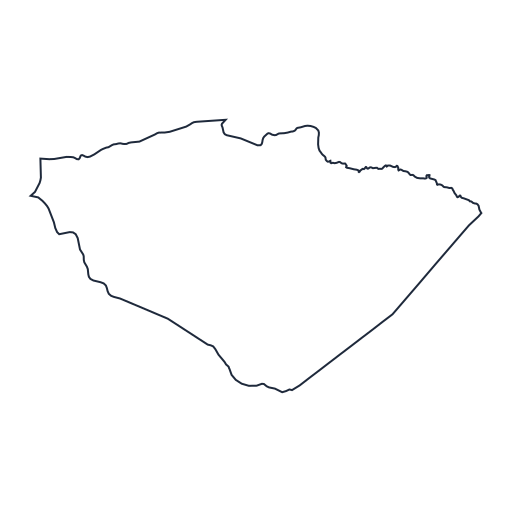 the Province of Pastaza
{"feature_id": "ECU-1288", "entity_name": "Pastaza", "entity_type": "Province", "adm_level": 1, "iso_a3": "ECU", "parent_name": "Ecuador", "parent_adm1": "", "projection": "orthographic", "projection_center": [-76.647, -1.794], "detail": "fine", "context": "isolated", "style": "outline", "palette": "slate", "viewbox_px": 512, "rotation_deg": 0, "n_neighbors": 0, "source": "natural_earth", "source_scale": "10m", "svg_char_len": 4159}
<svg xmlns="http://www.w3.org/2000/svg" viewBox="0 0 512 512"><path d="M481.3,213.1L478.5,216.4L469.0,225.3L462.0,233.4L453.3,243.5L444.6,253.6L435.9,263.7L427.2,273.9L418.6,284.0L409.9,294.1L401.2,304.2L392.5,314.3L382.1,322.2L371.8,330.2L361.4,338.1L351.0,346.1L340.6,354.0L330.3,361.9L319.9,369.9L309.5,377.8L299.7,385.4L292.0,390.1L291.8,390.0L289.4,389.5L286.0,391.1L282.2,392.2L274.9,388.6L269.0,387.4L266.7,386.3L263.9,384.0L261.9,383.8L256.6,385.7L248.8,385.8L241.7,383.7L235.8,379.9L231.6,374.9L229.5,369.0L229.1,368.3L228.6,366.7L227.3,365.5L226.1,364.5L224.6,362.0L218.5,354.7L215.3,349.1L213.2,346.4L210.7,345.3L207.7,344.6L167.8,318.7L120.0,298.5L113.9,296.9L111.1,295.8L108.8,293.8L107.6,291.1L106.9,288.2L105.9,285.5L103.7,283.4L100.5,282.2L93.4,280.5L90.4,278.9L88.9,276.8L88.3,274.3L87.8,269.1L86.9,266.7L84.3,262.3L83.8,260.0L83.7,256.2L83.2,254.5L80.0,249.5L77.7,238.1L75.7,234.2L73.0,232.4L69.7,232.1L61.8,233.7L59.2,234.2L57.1,232.1L55.3,228.1L53.9,222.3L48.6,208.6L47.1,206.1L44.9,203.4L42.4,200.8L38.2,197.4L30.7,195.8L35.0,191.9L39.6,183.0L40.4,180.3L40.9,177.6L40.4,158.6L49.3,159.2L54.2,159.0L66.5,156.9L70.8,157.0L73.4,157.3L75.3,158.2L76.8,159.1L78.6,159.3L79.6,158.3L80.6,155.9L81.2,155.3L82.2,155.1L83.7,155.7L85.3,156.6L87.5,157.1L90.0,156.6L94.3,154.4L101.0,149.9L102.8,149.0L106.3,147.6L108.5,147.2L112.0,145.1L113.6,144.4L116.1,144.1L118.3,143.5L120.4,143.3L123.0,143.9L124.8,144.0L126.6,143.9L128.7,142.9L131.1,142.4L139.4,141.6L154.9,134.5L157.1,133.2L158.9,132.6L164.9,132.5L169.7,131.8L186.2,126.6L190.1,124.4L192.0,123.1L193.9,122.2L196.5,121.8L225.6,119.8L222.0,123.7L221.6,124.9L221.9,126.0L222.5,127.4L223.6,132.4L224.8,134.2L226.7,135.2L240.7,138.4L257.5,145.3L260.6,145.2L261.8,143.8L262.3,142.0L262.6,140.0L263.2,138.1L264.2,136.6L267.5,133.6L268.5,133.2L270.1,133.5L272.1,134.7L274.6,135.2L276.1,135.0L278.6,133.6L279.8,133.4L284.1,133.2L287.6,132.6L291.1,131.6L292.7,131.5L294.3,130.9L295.2,130.3L296.6,128.4L297.4,127.9L300.7,127.3L305.0,126.0L307.5,125.7L310.6,126.0L313.6,126.9L315.9,128.0L318.3,130.5L318.9,132.6L318.8,135.1L318.3,137.5L318.1,144.3L318.6,148.0L319.5,150.6L321.0,152.6L321.8,153.8L322.7,154.8L324.2,156.0L325.1,156.9L325.5,157.7L325.6,158.8L325.8,159.8L326.9,161.1L327.8,161.7L329.2,161.5L329.9,161.0L330.4,160.8L330.5,161.3L330.4,162.1L330.5,162.7L331.2,163.2L332.9,162.8L334.6,163.2L336.7,162.8L337.9,162.3L339.0,161.9L339.9,162.0L341.1,162.9L342.2,163.5L343.6,163.6L344.6,163.5L345.3,163.6L345.7,164.3L346.4,165.3L346.7,165.9L346.3,166.6L346.1,167.2L347.0,167.8L349.6,168.2L353.9,169.3L356.6,169.7L358.0,170.2L358.6,170.6L358.7,171.9L359.0,172.1L359.7,171.6L360.1,170.9L360.6,170.3L361.8,169.5L362.2,169.1L362.5,168.9L363.2,168.9L363.9,169.1L364.7,168.5L365.2,167.7L365.8,167.0L366.3,167.1L366.7,167.8L367.1,168.4L367.9,168.7L368.8,168.2L369.7,167.5L370.7,167.3L371.5,167.5L372.9,168.2L376.0,167.8L377.0,167.8L377.8,168.5L378.4,168.9L379.5,168.8L380.2,168.8L381.4,168.9L381.9,168.8L382.6,168.3L383.0,167.7L384.8,166.0L385.5,165.5L385.9,165.4L386.3,165.6L386.5,166.2L386.7,166.5L387.2,166.2L387.4,165.7L388.2,165.5L390.0,165.5L393.1,166.9L394.9,167.1L395.9,166.8L396.4,166.1L396.8,165.8L397.4,166.0L397.9,167.0L398.3,168.0L398.2,169.0L398.3,169.8L398.6,170.4L399.3,170.1L399.8,169.7L400.5,169.5L401.6,169.9L403.4,171.0L405.6,171.3L407.6,171.9L408.9,173.2L409.7,174.3L410.5,175.0L412.8,174.9L413.6,175.4L414.8,176.6L417.1,177.9L419.9,178.3L423.1,178.3L424.8,178.6L425.9,178.4L426.6,178.0L426.7,177.2L426.4,176.3L426.5,175.7L426.9,175.2L428.2,175.2L428.9,175.0L429.5,175.1L429.5,175.9L429.1,176.7L429.2,177.6L430.1,178.4L434.3,179.5L435.5,180.1L436.7,182.9L437.1,184.0L437.0,184.5L437.4,184.8L438.5,184.4L439.6,184.4L440.7,184.6L442.1,185.3L442.8,185.9L443.5,186.7L444.3,187.1L446.8,187.3L449.3,188.0L451.5,187.9L452.3,188.5L452.9,190.0L453.3,190.4L454.6,193.1L456.4,195.4L456.9,196.7L457.5,197.2L458.6,196.8L459.3,196.0L460.0,195.5L460.4,195.7L460.7,196.5L461.2,197.3L462.0,197.9L463.7,198.3L468.9,200.2L469.8,201.3L470.8,201.3L471.9,201.9L473.0,202.9L474.9,203.5L476.3,203.6L477.5,204.3L478.6,205.8L479.4,209.6L481.2,213.0L481.3,213.1Z" fill="none" stroke="#1e293b" stroke-width="2"/></svg>